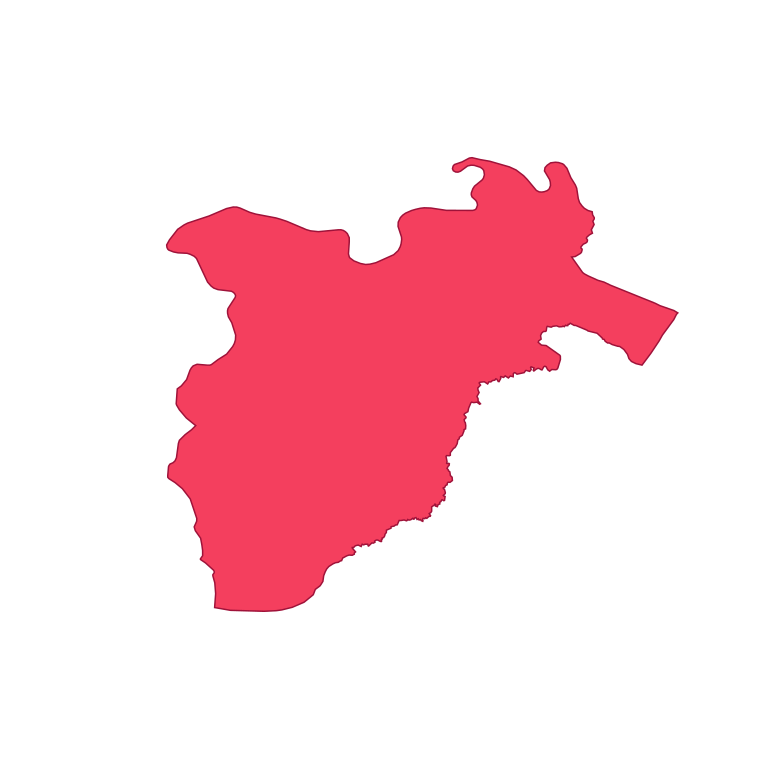 Kho Wang, Yasothon, Thailand, rotated 290°
{"feature_id": "78962969B41182893355114", "entity_name": "Kho Wang", "entity_type": "district", "adm_level": 2, "iso_a3": "THA", "parent_name": "Thailand", "parent_adm1": "Yasothon", "projection": "natural_earth1", "projection_center": [104.347, 15.375], "detail": "fine", "context": "isolated", "style": "filled", "palette": "rose", "viewbox_px": 768, "rotation_deg": 290, "n_neighbors": 0, "source": "geoboundaries", "source_scale": "gbopen_adm2", "svg_char_len": 6171}
<svg xmlns="http://www.w3.org/2000/svg" viewBox="0 0 768 768"><g transform="rotate(290 384 384)"><path d="M551.3,635.8L552.2,631.3L552.0,616.5L552.6,611.3L554.3,563.0L555.0,555.9L554.6,549.5L555.4,538.9L556.0,534.7L556.7,532.5L567.5,516.9L569.2,520.1L574.0,524.0L575.4,524.5L577.9,524.3L578.7,523.8L579.2,522.5L580.3,522.2L583.5,523.4L585.6,525.5L587.1,526.3L588.9,526.0L590.2,524.3L591.4,524.4L594.5,526.1L597.0,528.3L599.9,526.1L605.7,526.9L608.4,524.6L611.1,525.1L612.2,524.7L614.3,522.2L617.1,520.7L616.8,516.3L617.6,512.2L619.1,509.1L621.4,505.7L624.6,503.2L633.9,498.1L636.5,495.7L641.8,489.0L649.3,482.1L651.7,477.8L652.0,476.3L651.8,472.2L651.0,469.2L648.8,464.9L645.4,462.5L642.4,461.3L639.1,461.9L632.7,469.7L630.6,471.2L627.4,472.6L623.8,472.5L621.6,471.3L619.5,468.8L618.3,466.6L617.6,464.1L618.0,461.0L625.2,448.6L627.5,443.9L630.3,434.9L630.9,427.5L629.5,407.2L627.8,397.7L626.8,389.3L625.5,386.9L619.4,381.4L614.3,375.1L612.4,374.4L609.7,374.7L608.1,376.2L607.7,378.8L608.4,381.1L610.1,383.1L617.5,388.0L619.4,391.0L620.3,393.9L620.6,400.4L619.8,403.1L618.6,404.8L614.9,406.8L611.3,407.0L609.3,406.4L600.9,401.4L597.9,400.7L593.4,400.7L591.6,401.3L589.9,402.7L587.9,407.5L586.5,409.2L584.1,410.7L580.2,410.7L578.6,409.7L577.4,407.9L568.5,383.2L565.4,367.9L563.3,361.5L561.5,357.9L558.9,353.9L556.4,350.5L551.9,345.8L549.0,343.8L546.0,342.5L541.0,342.0L536.9,343.3L528.2,350.1L525.8,351.2L521.7,352.1L518.6,352.3L514.2,351.7L508.8,348.9L495.2,334.9L491.8,329.8L490.0,325.8L489.2,320.6L489.4,313.6L490.8,308.9L491.4,308.0L494.1,306.1L505.8,302.7L509.6,301.3L512.8,298.1L513.9,295.7L514.4,293.3L514.2,290.8L513.3,288.4L504.7,270.2L502.8,262.6L502.5,258.3L503.6,237.0L503.4,230.1L503.1,225.7L499.8,205.4L499.4,199.1L500.1,188.8L499.9,185.2L498.7,181.7L495.0,176.0L482.1,162.2L468.0,144.4L465.1,141.7L458.8,137.2L446.1,133.1L440.3,132.2L438.0,133.4L436.7,134.8L436.2,136.1L436.1,141.1L436.8,145.6L439.5,154.3L439.6,157.7L439.1,162.0L437.8,164.9L419.4,183.4L416.9,188.0L415.9,191.2L415.9,195.7L419.0,208.9L418.6,211.1L417.8,212.8L416.5,214.2L414.7,214.6L401.6,211.6L399.3,211.9L397.0,212.8L393.9,214.8L389.5,220.0L379.2,227.9L374.6,229.3L370.9,229.5L367.4,229.0L358.2,225.9L350.3,219.8L343.1,215.1L342.1,213.8L341.2,211.2L338.6,201.6L335.8,198.5L333.4,197.5L330.6,197.0L320.6,197.0L312.9,194.2L308.7,191.4L294.3,195.5L293.2,196.4L289.8,200.5L284.5,209.8L280.5,221.3L275.2,218.8L268.5,214.5L261.1,211.0L257.9,211.1L243.7,214.2L240.3,213.9L237.9,212.7L235.6,210.3L233.7,209.8L232.5,209.8L223.7,212.2L222.3,212.8L221.5,214.3L219.9,221.4L216.7,230.3L209.8,241.2L193.7,254.0L191.0,254.9L184.8,254.5L181.6,256.9L176.4,264.4L170.5,267.9L165.5,270.5L160.6,272.3L156.9,271.3L156.3,271.6L154.8,277.5L150.7,287.6L149.6,288.7L148.6,289.0L146.3,288.4L145.2,288.8L139.3,293.0L129.4,297.5L116.0,301.3L118.8,317.1L129.4,349.0L134.2,360.4L136.8,365.3L142.8,374.2L151.7,383.6L161.8,389.6L167.5,389.7L172.6,393.0L177.6,394.1L183.2,392.9L187.4,393.0L190.6,393.4L193.7,394.6L197.6,397.6L199.5,399.6L200.8,402.0L202.9,403.6L203.5,404.6L206.3,404.7L209.9,407.9L211.3,409.7L212.2,412.7L213.9,414.3L215.2,413.9L216.5,414.7L218.9,410.4L219.5,410.1L220.0,411.4L222.2,412.4L223.8,414.8L223.5,418.1L226.0,418.3L225.9,420.0L226.9,420.9L227.9,423.5L226.5,424.5L226.5,425.0L230.4,426.9L230.9,428.5L232.2,429.6L233.1,428.9L234.7,430.1L235.2,431.5L234.8,434.5L235.1,435.4L235.7,435.5L236.5,434.8L237.7,435.4L238.5,434.9L239.6,436.2L241.6,436.6L243.1,436.3L245.2,437.0L247.5,436.3L250.9,439.9L252.4,439.5L253.9,442.1L255.4,443.0L256.2,444.6L260.9,444.9L261.5,446.6L263.1,449.4L263.1,451.8L263.6,452.4L264.8,452.6L264.6,454.0L265.6,455.6L267.7,457.0L267.7,457.5L267.1,457.8L267.2,458.4L268.5,458.6L269.4,459.7L268.0,461.4L269.1,462.3L268.2,463.5L269.1,464.6L268.3,465.7L268.2,467.4L268.9,467.4L269.9,466.5L271.1,466.7L271.4,468.4L272.5,468.8L272.4,470.2L274.9,471.5L275.5,472.7L276.2,472.8L277.7,470.8L279.3,472.0L280.8,472.3L284.9,470.8L287.4,472.7L288.6,473.0L288.4,473.9L286.9,474.1L287.0,476.1L289.2,476.1L290.4,477.5L291.8,476.8L293.0,477.7L294.7,477.8L295.1,478.4L294.8,480.1L295.3,480.7L299.2,479.9L299.3,478.1L299.6,477.8L301.9,479.0L302.9,478.8L305.5,477.0L306.0,475.5L306.8,475.2L307.5,476.4L309.7,476.6L310.9,477.8L312.4,477.4L313.6,477.8L314.2,479.7L316.7,481.3L319.7,479.9L320.7,477.7L324.0,475.9L324.5,474.3L325.3,473.8L326.2,472.1L328.6,472.4L329.7,473.0L331.4,472.7L331.6,472.1L330.8,470.3L331.0,469.9L332.6,469.8L337.3,467.0L338.1,467.3L339.0,470.0L339.7,470.7L342.2,469.8L347.4,471.4L348.3,472.3L349.5,472.7L352.9,473.2L356.7,472.5L358.1,473.4L359.8,473.1L362.6,475.1L367.4,475.2L368.6,474.8L369.7,476.0L372.8,475.1L375.4,473.7L376.3,472.5L378.0,471.5L380.2,472.6L381.0,472.4L382.5,469.7L383.7,469.8L386.7,472.3L390.4,471.8L396.1,472.1L396.9,472.5L397.2,474.7L398.7,477.6L397.7,480.8L398.4,481.4L400.3,478.2L402.4,477.4L404.1,475.6L408.5,476.3L410.5,474.4L412.3,473.5L416.0,475.1L417.3,473.2L417.9,473.1L418.5,473.6L420.4,477.5L419.5,481.4L422.0,481.9L422.5,483.7L424.4,484.8L425.5,486.8L427.1,487.3L427.1,488.4L425.4,490.5L425.6,491.3L429.2,491.8L430.5,491.1L431.0,491.3L431.1,494.2L433.1,495.1L432.2,498.8L434.7,500.0L435.0,502.9L437.9,502.0L439.2,502.6L439.4,503.7L438.7,505.6L442.6,511.8L445.1,512.5L445.4,513.0L445.7,516.6L447.9,517.4L449.7,516.1L450.5,516.4L450.4,519.5L448.0,519.5L447.5,520.4L450.2,522.1L451.4,523.4L451.6,524.7L451.1,526.9L451.3,527.7L454.7,528.2L455.7,529.0L455.7,530.3L453.3,533.1L452.7,535.3L455.0,536.7L456.1,540.4L456.8,541.4L458.5,541.9L467.4,541.4L470.5,540.2L471.2,539.3L475.6,523.2L474.4,518.7L475.9,514.7L477.3,514.6L479.9,516.3L483.0,514.6L485.7,514.7L487.9,515.9L488.6,517.7L489.4,518.3L493.1,517.5L494.0,517.7L494.6,521.7L496.0,523.0L497.7,526.3L497.6,529.0L498.8,531.8L499.6,532.4L499.5,533.8L501.3,534.5L501.3,535.9L501.8,536.8L503.0,536.6L503.5,537.6L504.8,538.2L504.1,542.6L504.6,544.2L504.0,556.3L503.6,557.5L504.6,566.9L501.8,573.4L501.0,574.0L501.2,575.7L499.8,577.2L499.0,580.1L499.6,581.6L499.1,584.9L499.4,590.6L499.9,592.7L498.5,597.6L495.1,602.7L491.6,605.5L489.8,608.8L489.3,613.8L490.0,620.0L504.2,624.3L518.6,627.8L525.2,628.9L543.7,634.3L549.5,635.0L551.3,635.8Z" fill="#f43f5e" stroke="#9f1239" stroke-width="1.5"/></g></svg>